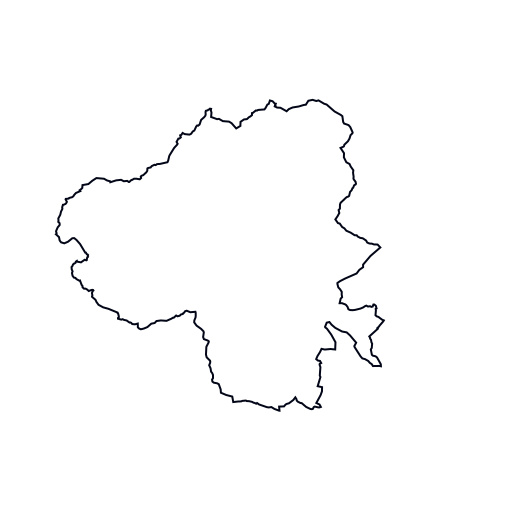 the district of Ramet, Alba, Romania, rotated 51°
{"feature_id": "2599482B41424477367758", "entity_name": "Ramet", "entity_type": "district", "adm_level": 2, "iso_a3": "ROU", "parent_name": "Romania", "parent_adm1": "Alba", "projection": "orthographic", "projection_center": [23.514, 46.33], "detail": "fine", "context": "isolated", "style": "outline", "palette": "ink", "viewbox_px": 512, "rotation_deg": 51, "n_neighbors": 0, "source": "geoboundaries", "source_scale": "gbopen_adm2", "svg_char_len": 6141}
<svg xmlns="http://www.w3.org/2000/svg" viewBox="0 0 512 512"><g transform="rotate(51 256 256)"><path d="M217.9,402.7L220.7,400.7L221.2,399.4L222.6,398.8L224.7,397.1L228.1,396.2L228.6,395.4L229.4,395.1L231.0,395.0L232.9,393.1L234.1,390.4L237.1,392.7L238.8,392.5L240.5,391.6L241.8,388.8L242.9,385.1L242.7,380.0L244.3,376.9L243.9,374.3L246.2,370.5L250.1,366.3L251.5,361.1L251.7,359.4L252.2,358.8L252.0,355.5L253.5,354.9L254.4,352.9L254.2,351.2L255.0,349.4L254.7,349.0L254.8,347.4L254.3,346.0L254.7,344.8L254.9,344.3L258.4,342.4L261.2,338.2L262.3,338.7L264.8,340.7L265.8,341.8L267.2,344.4L268.7,345.8L272.7,346.0L278.1,344.5L281.5,344.2L282.6,344.7L285.7,348.1L287.8,348.8L291.3,346.7L292.6,346.4L293.4,347.3L295.3,351.7L301.1,356.9L303.7,358.1L308.4,357.6L309.0,357.8L310.2,358.9L311.4,361.1L314.7,362.0L317.6,363.7L319.4,363.7L321.4,364.3L323.9,366.3L324.4,367.9L325.7,368.7L326.3,368.9L327.9,368.5L330.5,366.3L332.2,365.6L337.4,367.4L340.2,369.3L345.3,366.6L350.3,362.9L355.2,365.6L357.8,361.5L359.6,359.1L360.0,357.8L362.0,354.8L362.9,354.5L364.5,352.7L367.1,350.7L368.4,350.3L369.2,349.6L370.9,348.8L370.9,347.7L373.4,347.0L380.4,342.6L381.7,341.4L383.1,339.1L386.5,337.9L390.7,335.4L391.0,335.1L387.6,332.8L390.5,328.9L390.1,326.7L390.2,325.4L391.2,323.1L391.4,317.6L390.6,314.4L392.5,314.6L394.0,315.3L395.4,315.2L398.2,314.0L399.0,313.1L404.9,312.0L409.1,310.0L410.1,309.1L410.6,308.1L409.8,306.2L410.0,305.1L412.7,303.0L413.6,302.0L414.1,300.6L411.4,300.1L408.2,301.6L404.8,293.4L402.7,289.9L399.5,287.2L396.0,290.0L390.6,282.1L389.1,281.7L382.9,275.9L380.5,275.0L379.9,274.3L380.2,272.7L377.8,272.3L376.2,273.7L374.0,274.1L372.5,271.3L370.9,266.6L369.4,263.5L372.0,261.4L375.2,256.6L378.5,253.3L373.0,248.5L364.5,247.0L357.2,246.6L355.0,247.1L354.5,246.9L352.3,243.0L353.5,240.5L357.0,240.5L361.8,239.6L368.9,236.6L372.4,233.6L376.8,232.9L386.4,232.7L387.9,236.3L389.0,236.7L399.8,237.9L402.5,237.8L404.7,236.2L408.3,234.8L410.6,234.8L412.9,234.1L415.1,234.4L419.1,229.3L420.3,228.3L418.6,227.1L411.0,225.8L409.2,226.2L407.0,227.9L405.7,228.1L400.9,225.6L400.3,223.9L397.2,220.9L395.7,220.6L393.6,219.4L392.0,219.3L391.4,218.8L389.8,218.6L389.2,207.1L388.4,207.1L388.2,204.6L387.9,204.0L386.9,198.3L386.5,197.2L384.8,198.1L380.4,199.2L378.8,200.2L377.2,200.4L373.9,197.2L372.4,196.2L372.6,195.3L370.1,194.2L368.2,194.6L367.6,195.3L368.7,197.1L368.2,198.3L366.8,199.0L365.7,200.8L364.0,201.5L363.6,202.7L363.4,205.1L362.6,207.9L360.3,212.8L359.0,214.9L357.1,217.0L355.5,217.7L353.3,216.9L350.9,216.8L349.8,217.1L346.9,218.8L345.3,220.7L342.4,217.0L342.2,215.0L339.8,213.6L337.8,211.9L334.6,211.6L332.2,211.8L328.9,210.3L328.2,209.7L328.4,206.7L329.6,200.9L332.9,188.8L331.8,184.4L332.1,179.8L330.1,178.2L328.0,167.0L327.6,154.0L323.6,154.3L321.2,157.1L319.3,158.2L318.1,159.6L316.8,160.5L315.4,161.1L313.3,160.7L309.4,161.9L307.5,163.6L304.9,164.7L303.3,164.7L301.9,166.3L297.5,167.7L293.2,169.9L290.1,169.9L287.7,170.8L283.5,170.5L282.0,171.6L277.5,171.3L276.4,167.6L275.0,164.2L272.3,162.9L272.0,161.0L268.9,158.4L267.9,156.8L267.3,149.2L267.4,148.1L267.9,146.9L267.9,145.8L265.4,142.6L265.1,140.4L264.0,138.3L264.1,137.5L262.8,135.3L263.1,133.5L262.7,132.8L260.9,131.9L257.9,131.8L257.1,131.5L255.9,130.3L252.4,128.2L250.6,126.4L246.0,126.1L243.4,125.4L240.0,126.8L234.6,125.6L231.5,122.9L225.2,122.3L226.1,119.1L226.0,118.5L225.1,117.3L224.7,112.4L223.6,109.5L221.6,106.5L221.3,103.8L220.7,103.1L215.1,101.6L212.5,101.7L208.5,104.2L206.7,103.9L201.7,100.9L199.8,101.3L193.1,104.0L182.7,105.8L180.6,107.2L174.4,109.5L173.5,111.6L170.3,113.7L168.3,117.6L169.8,122.1L168.8,123.6L166.7,128.7L163.6,134.1L162.5,138.1L162.8,141.1L156.2,143.7L153.9,146.2L151.5,147.3L151.1,146.7L151.4,146.6L151.4,146.2L150.7,145.8L150.1,144.8L149.3,145.5L146.2,145.7L143.9,147.3L145.8,150.3L145.5,151.9L147.0,155.5L147.4,157.2L144.1,162.0L143.7,162.9L143.6,163.8L142.8,164.5L142.8,168.4L142.4,169.2L144.0,170.5L144.0,172.5L143.7,174.2L143.9,176.6L143.8,177.1L142.3,179.4L142.0,183.6L145.1,186.3L144.4,191.1L137.4,191.4L134.6,192.4L130.3,196.9L126.1,198.5L125.2,200.1L119.7,203.4L116.6,200.4L114.2,199.3L113.4,198.3L112.5,199.1L112.7,200.0L112.3,201.0L112.4,201.9L111.6,203.6L112.3,204.6L114.3,206.0L115.1,207.1L115.5,209.0L115.7,213.0L118.3,217.1L118.3,219.0L117.5,219.6L117.7,220.9L119.7,225.0L119.4,226.7L120.2,229.5L119.8,231.3L116.4,234.7L114.2,235.6L114.9,237.8L114.5,239.0L116.5,239.8L116.5,241.6L115.9,242.5L116.2,243.2L117.3,245.9L119.5,246.3L119.9,247.6L120.5,251.6L123.1,259.1L123.7,260.5L126.6,264.2L127.4,265.8L124.0,272.7L122.3,275.1L122.2,276.8L121.2,277.5L120.5,280.5L120.9,282.1L119.7,284.5L119.6,285.3L121.3,286.8L121.9,288.4L122.2,292.7L121.6,294.6L121.8,295.6L123.1,296.2L123.2,298.1L120.7,300.3L119.2,302.2L118.9,304.4L118.5,304.9L118.7,307.9L118.4,308.3L116.6,308.8L114.7,311.7L111.9,312.9L109.2,317.1L107.0,322.8L106.1,322.4L103.6,324.2L100.3,325.5L95.0,331.0L94.5,335.8L94.6,341.0L91.7,346.2L93.8,348.2L94.0,349.8L93.9,351.6L95.0,351.7L93.7,356.3L94.1,358.8L94.6,360.2L94.6,361.8L93.3,364.7L93.5,365.5L91.9,367.9L92.1,368.3L94.9,368.9L95.6,370.6L95.6,371.4L95.1,373.3L94.7,373.8L96.2,376.0L97.5,376.8L98.8,379.6L100.8,382.2L102.4,386.0L103.9,387.0L105.1,388.2L106.4,387.9L107.6,388.4L108.4,389.2L108.9,392.0L110.6,395.3L111.2,396.0L112.8,396.6L113.2,397.0L113.2,397.8L117.3,397.2L120.4,398.8L122.7,398.9L125.5,397.0L126.6,393.1L126.6,387.6L127.7,386.0L130.6,385.4L136.0,385.2L145.9,386.6L146.3,386.1L148.1,386.4L148.9,385.9L149.6,385.9L150.4,387.1L150.9,387.1L151.1,388.4L152.7,390.2L152.6,390.6L151.1,391.5L150.8,396.0L147.8,398.6L147.1,398.3L147.0,399.6L147.7,400.5L147.6,401.9L147.3,402.4L147.5,403.7L148.3,405.0L148.5,406.3L150.4,407.6L152.5,408.2L153.4,409.7L155.9,411.0L158.2,411.1L159.4,410.1L160.9,410.1L164.1,408.8L164.3,408.2L168.7,409.7L170.1,409.7L171.2,410.5L173.2,410.2L174.1,409.0L175.9,408.3L178.0,408.0L178.5,406.2L179.2,404.6L179.9,404.0L180.5,404.1L180.5,405.0L181.5,406.8L183.6,407.9L184.2,408.9L184.6,409.1L189.0,408.3L191.3,408.9L194.8,409.1L199.7,407.1L204.2,403.9L212.8,399.2L213.4,399.5L213.8,399.3L216.4,400.5L217.3,401.2L217.3,402.2L217.9,402.7Z" fill="none" stroke="#020617" stroke-width="2"/></g></svg>